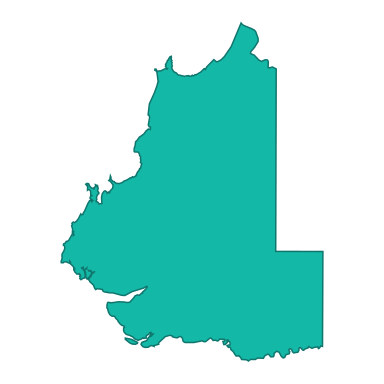 the district of West Daly, Northern Territory, Australia
{"feature_id": "25037944B73531494726593", "entity_name": "West Daly", "entity_type": "district", "adm_level": 2, "iso_a3": "AUS", "parent_name": "Australia", "parent_adm1": "Northern Territory", "projection": "albers", "projection_center": [129.851, -14.087], "detail": "fine", "context": "isolated", "style": "filled", "palette": "teal", "viewbox_px": 384, "rotation_deg": 0, "n_neighbors": 0, "source": "geoboundaries", "source_scale": "gbopen_adm2", "svg_char_len": 5893}
<svg xmlns="http://www.w3.org/2000/svg" viewBox="0 0 384 384"><path d="M276.2,68.9L272.4,67.0L269.0,67.9L268.1,67.5L268.3,62.1L267.9,60.6L267.2,59.9L265.1,59.8L261.4,61.4L258.8,60.0L254.2,55.1L250.5,53.6L250.8,51.7L254.5,47.4L258.1,41.5L258.1,38.3L255.7,31.7L254.5,30.2L251.5,28.6L244.1,25.6L242.4,24.6L241.1,23.0L231.2,46.6L224.3,56.7L221.1,59.8L217.7,61.7L216.1,61.6L213.9,59.6L206.9,66.7L205.3,69.5L204.7,68.7L204.2,68.6L200.8,72.0L196.1,74.8L194.9,74.7L193.9,75.7L192.9,75.8L192.3,75.2L191.1,76.2L189.0,76.2L188.9,75.7L187.4,75.7L184.4,76.3L177.6,74.7L176.7,73.2L173.8,71.7L172.0,68.9L171.8,67.0L172.3,66.0L171.7,64.1L172.1,62.5L171.3,61.3L171.9,60.4L171.1,59.6L171.3,59.0L170.8,58.3L171.4,57.6L171.3,56.3L170.1,56.7L168.6,58.9L168.4,59.9L167.4,60.4L167.2,61.7L165.5,64.5L165.9,65.2L165.4,66.5L166.8,68.3L167.5,68.6L167.0,69.2L166.3,68.5L164.5,69.0L161.0,70.8L157.7,71.1L156.7,70.9L156.1,69.2L154.9,69.1L154.8,70.2L156.1,70.8L157.0,72.5L158.0,80.6L158.5,81.6L157.9,82.0L157.1,85.4L154.3,93.1L149.4,103.8L148.1,114.9L149.2,115.5L149.6,117.4L148.3,125.0L149.2,126.8L150.4,127.0L150.3,129.5L148.3,129.0L146.1,130.9L143.7,134.1L139.2,137.3L137.4,140.0L135.6,141.8L135.1,145.7L134.2,148.3L134.1,151.3L134.5,151.9L138.2,152.1L139.4,154.0L139.6,155.5L140.7,157.0L140.4,158.8L140.9,160.2L140.4,162.5L141.7,163.6L140.4,168.5L139.6,168.6L139.2,170.0L137.5,172.1L136.1,175.1L136.3,175.6L133.6,177.2L132.5,176.7L131.0,178.1L130.3,177.8L127.1,179.9L124.0,181.1L122.0,182.7L119.0,183.6L116.5,183.3L114.8,182.5L114.4,181.7L112.6,181.2L110.8,178.7L111.0,177.3L110.4,175.9L109.9,179.1L108.8,180.6L110.1,181.1L113.1,184.9L112.6,188.3L109.9,191.2L109.6,192.8L108.7,192.8L108.8,192.0L108.4,192.0L107.1,193.2L106.5,191.7L105.1,190.8L104.0,191.3L102.3,193.7L101.5,197.2L101.9,203.5L98.9,204.0L98.3,202.6L97.4,201.9L96.4,201.9L96.0,201.0L96.8,199.6L96.5,197.7L96.9,196.0L97.8,194.3L98.8,193.7L98.9,192.8L97.5,190.8L98.2,188.5L97.6,186.0L97.3,186.4L97.2,185.6L95.4,184.7L95.5,185.3L96.2,185.3L96.0,185.9L93.9,187.9L94.1,188.8L93.6,189.5L93.8,188.3L91.6,188.1L89.9,186.4L88.6,183.7L86.9,183.4L85.7,184.2L86.6,185.3L86.7,184.8L87.0,184.9L87.6,186.0L87.5,190.2L88.3,189.6L89.6,189.9L90.6,191.2L90.8,195.1L91.9,195.5L91.3,196.5L91.5,195.8L90.7,195.8L90.0,198.2L90.6,199.0L91.7,199.8L91.7,199.4L92.1,199.6L92.8,200.4L92.0,200.5L91.8,201.7L90.5,200.5L89.6,200.6L87.9,203.5L84.7,210.8L83.1,213.3L83.0,214.4L81.6,214.8L80.8,213.9L78.5,218.5L76.4,221.3L74.5,222.6L73.2,222.0L71.9,223.3L72.4,224.4L71.6,225.7L72.6,229.1L72.4,232.4L73.3,231.6L73.8,231.9L73.0,233.0L73.4,234.2L74.0,234.5L74.0,234.8L73.7,235.1L73.8,234.7L72.2,234.2L68.8,240.2L67.3,241.5L66.4,241.3L65.0,243.3L63.7,243.8L63.3,245.1L64.5,246.0L64.8,248.2L64.0,250.7L62.1,254.0L61.9,256.2L62.3,257.4L61.1,261.7L61.3,262.7L63.4,262.7L63.9,262.0L65.9,261.8L69.7,263.3L70.5,262.3L69.7,261.5L69.7,261.1L70.6,262.2L70.2,263.6L72.7,265.9L74.3,268.2L73.8,268.1L73.8,270.0L74.2,270.6L74.5,270.4L74.7,271.8L77.1,274.2L79.2,273.6L79.5,273.9L78.9,274.2L79.8,275.1L80.2,274.9L80.5,275.2L80.6,276.0L79.7,276.5L80.3,278.0L79.8,278.6L81.0,279.7L83.2,278.3L84.2,278.2L85.3,276.8L84.9,272.7L84.1,270.4L81.1,267.4L82.8,268.4L83.3,266.4L83.1,268.5L84.4,269.9L86.7,268.1L86.5,268.8L85.0,269.6L84.7,270.1L85.5,272.6L85.9,277.7L86.9,278.9L89.8,276.7L91.9,272.7L90.4,270.9L89.1,271.2L88.5,270.3L90.9,270.7L92.3,272.8L95.1,271.4L93.2,272.7L93.9,273.3L92.9,272.9L92.1,273.4L90.7,276.7L88.1,279.4L89.3,280.3L89.8,281.7L93.4,285.0L94.8,288.5L95.8,289.6L96.9,288.7L102.0,289.3L102.7,290.0L102.6,290.6L104.0,291.8L107.0,292.4L107.7,292.1L108.1,292.6L109.7,292.8L112.9,292.9L121.7,295.3L124.9,295.5L132.1,291.6L143.8,288.0L146.6,286.3L147.3,287.0L145.8,289.1L142.5,292.2L142.5,293.2L141.6,293.1L139.5,295.2L137.3,294.9L134.9,296.0L133.7,297.9L129.6,302.3L126.9,302.5L124.4,302.0L118.3,301.8L111.5,302.8L108.1,302.3L107.5,303.0L106.9,305.5L107.0,308.2L107.6,308.7L108.6,312.5L110.2,315.0L111.9,316.1L114.7,316.3L115.6,318.2L117.7,320.2L118.3,321.7L120.0,323.8L121.7,325.3L124.0,326.1L124.5,327.4L123.6,327.9L123.6,330.7L124.2,332.2L126.3,334.4L129.7,335.4L133.1,337.1L134.4,338.7L138.1,340.3L141.6,338.9L143.0,337.8L143.6,338.4L146.3,338.0L146.0,336.8L146.6,335.5L148.6,334.3L150.2,332.4L151.1,332.6L150.8,333.8L151.6,334.6L153.1,333.9L153.5,333.2L153.4,333.9L152.6,334.3L152.2,335.1L150.2,335.1L149.7,336.2L150.5,336.4L148.6,337.4L146.7,340.6L142.1,342.2L141.2,343.6L141.1,344.6L142.9,346.7L145.1,347.4L148.3,347.2L149.8,346.1L151.6,345.5L154.0,346.4L153.8,345.6L158.7,344.3L158.5,343.6L159.0,342.4L165.3,336.6L169.7,335.3L172.3,335.9L172.4,336.8L176.2,337.8L177.7,337.7L179.3,336.5L180.9,336.8L182.1,337.6L183.2,341.3L184.4,342.3L185.5,342.5L193.9,342.5L202.3,340.8L203.8,341.7L205.7,341.6L209.9,338.2L210.7,338.0L211.5,338.5L213.1,340.5L215.0,340.1L217.4,341.0L218.2,340.8L219.7,339.1L222.6,339.4L223.7,339.1L224.7,339.5L225.0,340.2L224.8,340.8L222.9,341.5L223.8,344.5L225.4,344.5L227.8,341.8L226.9,340.4L227.0,339.9L227.7,339.8L229.8,342.0L230.1,342.6L229.9,345.0L228.1,345.1L227.0,345.8L228.4,347.4L229.3,347.0L230.3,347.5L231.0,349.8L233.0,351.3L235.8,355.8L237.0,356.1L238.8,355.6L239.3,356.5L240.5,357.2L241.6,359.5L246.6,359.8L248.4,361.0L250.7,359.4L255.2,359.5L257.7,358.0L263.4,358.3L264.8,355.8L267.7,354.2L268.5,354.2L270.8,356.9L273.4,356.7L274.0,355.7L274.1,353.5L276.5,351.3L279.1,352.2L281.4,356.5L282.9,357.8L283.6,357.9L284.9,357.2L285.4,355.6L286.4,354.5L289.2,353.8L289.8,351.7L288.6,350.0L289.7,348.7L291.5,349.3L292.5,351.8L293.7,352.9L297.9,352.2L298.9,350.4L299.0,348.3L299.7,347.7L300.6,347.7L302.7,350.1L303.6,350.3L305.3,348.8L308.1,347.9L308.6,346.6L312.0,348.3L314.6,347.3L317.9,346.9L318.2,347.1L318.1,348.0L318.5,348.6L319.4,348.1L320.8,345.9L322.5,346.4L322.9,251.5L275.7,251.4L276.2,68.9ZM129.7,342.9L132.1,344.0L135.2,344.3L137.4,343.4L137.6,342.4L131.4,339.3L125.3,338.1L125.3,339.3L129.7,342.9Z" fill="#14b8a6" stroke="#0f766e" stroke-width="1.5"/></svg>